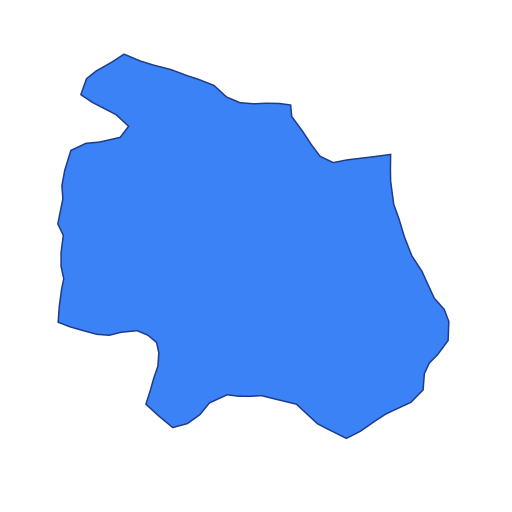 Aniocha South, Delta, Nigeria (Robinson projection), rotated 98°
{"feature_id": "59680162B29589714384573", "entity_name": "Aniocha South", "entity_type": "district", "adm_level": 2, "iso_a3": "NGA", "parent_name": "Nigeria", "parent_adm1": "Delta", "projection": "robinson", "projection_center": [6.492, 6.145], "detail": "fine", "context": "isolated", "style": "filled", "palette": "blue", "viewbox_px": 512, "rotation_deg": 98, "n_neighbors": 0, "source": "geoboundaries", "source_scale": "gbopen_adm2", "svg_char_len": 1583}
<svg xmlns="http://www.w3.org/2000/svg" viewBox="0 0 512 512"><g transform="rotate(98 256 256)"><path d="M365.3,71.9L349.1,72.9L337.8,69.5L328.7,62.6L312.9,54.0L297.4,55.6L294.0,55.9L290.5,57.9L282.7,62.2L277.9,67.8L273.0,73.6L257.9,83.3L256.2,84.4L248.1,89.5L233.9,101.9L224.6,107.1L216.6,111.6L208.9,115.2L206.4,116.3L199.3,119.6L185.7,126.8L163.1,133.1L151.8,134.9L136.7,136.8L141.3,153.3L145.2,168.1L148.2,179.4L152.8,192.5L148.3,206.5L141.1,213.6L138.6,216.2L126.5,226.8L123.0,230.2L115.9,237.1L113.0,240.0L101.7,242.7L101.7,254.0L103.3,267.1L105.6,279.3L106.0,286.3L106.4,293.2L102.7,307.2L93.0,321.3L89.2,337.0L87.0,349.3L83.3,365.9L81.1,385.1L78.9,398.2L74.5,414.8L84.3,426.0L94.9,439.9L104.0,448.5L112.3,450.2L120.6,451.9L126.6,439.6L135.5,414.2L145.3,400.2L150.6,403.2L157.4,407.0L165.0,427.0L168.1,440.1L177.2,454.0L197.5,457.3L213.4,458.0L226.2,455.2L251.8,456.7L259.6,451.5L262.4,449.7L273.2,449.6L279.7,449.5L293.3,447.6L305.3,443.2L315.9,443.9L332.5,443.8L339.2,443.4L349.1,442.7L352.0,430.5L354.2,414.8L355.7,402.6L354.9,390.3L350.3,379.0L346.5,363.4L349.5,352.0L355.5,342.4L362.3,339.9L365.2,338.8L378.8,337.8L391.6,340.3L403.7,341.9L418.1,344.4L427.8,330.3L437.5,314.5L435.9,310.9L431.5,300.6L420.8,289.4L408.0,281.7L404.7,276.6L397.4,265.2L397.3,253.9L395.8,242.5L393.5,231.2L394.3,223.6L394.9,218.1L397.1,195.4L399.8,191.5L402.2,188.1L403.8,185.8L413.6,171.7L417.5,160.7L418.8,156.8L422.7,145.1L424.0,141.1L414.9,128.1L402.8,115.1L394.5,105.6L393.9,104.7L389.7,98.3L387.7,95.2L379.3,82.2L365.3,71.9Z" fill="#3b82f6" stroke="#1e3a8a" stroke-width="1.5"/></g></svg>